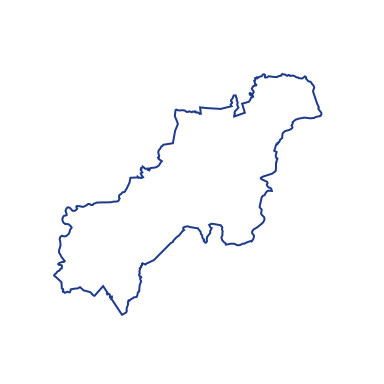 outline of Jalpan, Puebla, Mexico, rotated 315°
{"feature_id": "50627088B95329536813839", "entity_name": "Jalpan", "entity_type": "district", "adm_level": 2, "iso_a3": "MEX", "parent_name": "Mexico", "parent_adm1": "Puebla", "projection": "albers", "projection_center": [-97.872, 20.452], "detail": "fine", "context": "isolated", "style": "outline", "palette": "blue", "viewbox_px": 384, "rotation_deg": 315, "n_neighbors": 0, "source": "geoboundaries", "source_scale": "gbopen_adm2", "svg_char_len": 6029}
<svg xmlns="http://www.w3.org/2000/svg" viewBox="0 0 384 384"><g transform="rotate(315 192 192)"><path d="M30.8,173.4L33.5,174.5L34.1,176.1L34.9,176.4L35.8,176.2L37.4,175.1L40.6,177.3L43.1,179.4L45.5,180.1L45.8,184.9L49.1,190.6L49.3,191.4L49.1,195.2L49.7,196.5L62.6,195.7L61.0,203.6L60.1,203.5L59.7,204.5L60.8,204.9L61.4,206.2L60.1,207.8L60.1,208.1L59.4,208.6L60.1,209.6L61.3,209.4L61.1,209.9L59.2,210.8L59.4,211.1L55.7,229.3L59.5,230.5L60.8,230.5L61.8,230.0L62.1,229.3L64.3,227.6L66.5,226.7L67.9,225.8L68.2,225.0L70.3,223.8L70.8,223.9L70.8,224.6L72.9,224.6L75.0,225.3L76.0,225.2L78.6,227.0L80.1,226.5L82.8,224.7L84.2,225.0L89.1,220.9L93.0,219.1L93.5,217.5L94.4,216.1L95.7,216.4L96.0,215.5L95.5,214.2L96.0,213.0L97.7,212.5L98.4,211.1L100.7,209.9L101.0,209.0L102.8,209.3L103.4,208.3L104.9,208.5L105.8,207.3L106.7,207.5L107.8,210.4L108.8,210.3L116.9,213.2L139.1,213.1L140.6,213.1L143.3,213.8L144.1,213.3L147.0,213.1L149.1,213.1L152.2,213.6L157.3,213.0L159.5,213.3L159.4,212.3L160.7,211.0L162.2,211.5L164.6,213.1L165.7,215.2L170.6,222.1L170.2,223.0L170.0,226.1L168.7,227.9L168.5,229.7L167.0,231.8L166.7,232.6L167.0,233.8L166.5,234.6L165.7,234.8L165.5,236.9L165.8,237.6L167.2,237.6L167.9,237.3L168.1,236.8L170.7,234.5L175.9,233.9L177.2,232.5L180.3,231.5L180.0,231.0L180.1,229.7L180.9,227.4L183.0,228.0L184.6,229.7L188.8,235.9L188.5,236.8L188.6,237.9L188.5,238.3L186.7,239.8L185.8,241.6L184.2,242.7L183.6,243.5L182.7,244.2L181.3,244.6L180.4,245.1L179.3,247.5L179.1,249.9L179.5,252.0L178.7,253.1L181.4,255.1L182.2,255.4L184.7,257.8L185.9,259.8L186.1,261.2L187.5,262.8L188.8,263.6L191.5,264.5L192.6,265.7L194.0,265.9L197.9,267.7L199.3,268.5L199.3,269.1L202.0,268.6L203.5,267.9L205.0,266.7L205.4,263.7L206.4,262.6L207.6,262.2L209.4,262.1L213.1,263.1L219.6,263.8L221.5,263.6L223.6,262.8L224.3,262.3L225.2,260.7L225.2,257.3L225.7,256.0L228.5,254.0L228.9,253.5L228.9,251.7L229.3,250.3L237.6,245.0L239.4,244.8L240.9,245.5L241.5,245.5L243.9,244.6L246.1,244.6L247.5,245.7L249.2,247.7L250.3,245.8L250.2,244.6L249.4,242.9L249.5,240.9L249.9,239.9L250.4,239.5L251.7,239.2L252.3,237.9L250.3,232.4L250.2,231.2L250.6,230.7L251.5,230.8L253.5,231.5L261.6,235.7L265.6,236.3L266.7,235.9L272.3,230.6L273.3,230.5L274.3,229.4L275.6,229.1L276.1,228.7L275.7,227.5L276.5,226.0L277.4,225.1L280.1,223.6L279.3,221.0L286.0,217.5L285.5,218.0L285.5,218.3L285.9,218.6L287.0,218.4L287.2,217.9L288.1,218.3L288.5,218.3L288.7,218.0L289.7,218.1L291.1,217.4L294.1,217.6L294.9,216.6L297.6,214.6L300.8,214.7L304.6,216.9L307.4,217.7L308.6,217.4L309.2,216.6L309.4,215.4L311.6,214.9L312.4,213.8L316.3,214.1L319.0,215.4L323.9,218.7L327.9,223.7L330.8,226.1L331.7,226.1L334.6,227.7L335.7,228.6L336.5,228.7L336.8,229.1L338.6,228.5L339.2,227.8L339.6,226.5L340.0,223.0L340.5,222.2L341.5,221.9L343.1,217.7L348.2,207.4L349.1,206.1L352.1,204.7L352.6,204.1L353.2,202.5L353.3,200.3L353.7,198.9L353.7,197.7L352.6,196.1L352.8,192.5L353.8,191.5L353.6,190.1L350.7,189.8L349.6,189.2L348.5,187.4L347.9,186.9L347.9,185.8L346.8,184.5L346.7,183.4L345.9,181.2L343.5,179.4L343.4,178.7L343.6,178.3L343.1,177.6L341.4,177.1L340.8,174.6L339.3,172.9L339.3,172.5L337.8,172.4L337.4,172.8L335.0,171.2L333.4,170.9L330.5,167.6L328.0,164.3L326.3,164.1L324.7,162.9L324.9,162.1L326.2,161.1L326.4,160.4L326.1,159.6L325.2,159.1L323.2,159.4L320.9,158.1L318.8,157.8L319.0,156.8L318.0,156.8L317.8,156.4L317.2,156.1L316.4,157.3L315.0,157.3L314.9,157.8L314.5,157.7L314.4,158.2L313.6,159.2L313.1,160.2L313.3,161.6L312.5,161.9L311.8,161.0L311.4,161.1L310.3,160.5L307.5,161.1L307.1,161.6L306.8,164.2L306.3,165.0L304.4,165.5L303.4,164.3L303.2,163.1L302.5,163.0L301.9,163.8L301.8,164.9L303.0,167.0L302.6,167.8L302.0,167.9L300.7,167.1L300.2,167.2L298.3,168.0L296.0,168.4L289.9,165.0L285.4,173.3L275.2,168.5L276.0,167.6L277.7,167.0L278.0,166.1L279.2,165.4L284.5,165.2L285.5,162.4L287.7,160.9L288.6,158.6L289.8,157.6L290.1,156.3L291.2,154.6L289.7,153.2L286.8,154.5L284.6,154.7L283.8,155.4L283.9,156.8L283.3,157.4L281.3,157.4L280.6,158.6L280.6,159.3L271.0,153.5L261.6,142.9L257.6,137.9L253.7,142.7L253.5,142.2L252.7,142.2L252.6,140.4L252.2,139.7L251.1,138.9L251.5,137.7L251.0,137.0L250.6,137.3L249.3,135.6L248.3,135.5L247.0,132.9L246.1,132.7L244.8,131.5L244.6,129.5L243.3,127.6L240.9,125.6L239.6,123.9L239.1,122.6L238.2,122.5L233.5,126.2L231.0,132.3L230.0,134.0L223.3,136.8L213.0,144.0L205.1,138.3L203.4,138.5L202.3,138.1L200.2,138.9L198.2,138.9L196.4,139.9L195.0,141.8L194.5,143.1L193.5,143.6L192.4,143.6L192.5,144.7L191.8,144.9L191.8,145.5L192.5,148.9L190.6,149.0L187.6,149.8L185.3,149.5L183.3,148.7L179.6,145.7L177.5,146.4L177.5,145.8L176.8,145.9L176.5,145.2L177.8,144.8L177.7,144.4L175.6,142.8L175.2,142.0L175.4,140.7L175.1,139.1L174.7,139.4L173.6,139.5L172.2,138.7L172.4,139.0L171.5,140.1L171.9,140.4L170.6,142.4L170.6,143.0L169.0,142.5L168.7,142.8L168.0,145.4L167.9,147.0L167.0,146.8L165.9,146.1L165.4,144.9L164.3,144.3L164.3,142.8L163.8,143.2L158.5,138.4L154.4,141.2L147.4,143.7L146.6,143.6L145.3,144.2L144.2,144.2L142.9,143.2L140.0,143.2L138.8,142.8L137.9,143.1L136.7,144.0L136.2,145.5L135.6,145.5L134.5,146.1L133.1,146.2L130.6,144.3L130.2,143.7L127.3,141.8L117.4,132.3L113.9,130.7L113.1,131.0L112.3,130.8L111.3,129.6L111.1,128.1L110.0,127.0L108.5,126.9L105.2,125.9L103.8,124.8L102.9,123.1L100.9,120.7L100.2,120.4L99.6,120.8L99.2,121.4L99.2,122.4L98.5,122.7L96.5,122.6L95.4,122.1L94.2,120.7L94.5,117.1L93.9,115.7L93.1,114.9L91.6,114.9L89.3,115.8L87.9,118.7L86.9,119.7L84.7,118.4L83.9,118.3L81.3,119.3L80.1,120.9L79.5,122.7L79.6,124.7L81.6,127.1L82.0,128.2L82.1,130.7L81.7,132.1L79.1,132.5L77.0,133.8L74.8,134.5L71.6,134.1L70.2,133.0L69.0,130.9L67.0,130.7L65.0,131.8L64.0,133.6L61.4,136.7L56.7,139.3L55.1,140.9L54.7,143.0L53.9,145.0L53.1,150.9L52.1,150.9L50.4,149.5L48.0,148.4L46.7,148.2L46.3,148.5L46.4,149.3L48.0,151.6L47.4,152.8L45.8,153.9L44.6,153.3L43.5,153.7L41.8,153.6L40.9,153.1L39.5,153.2L38.4,153.5L37.1,153.2L35.6,153.4L35.3,154.2L35.7,156.1L35.9,163.5L31.8,168.1L32.2,169.5L32.0,169.9L31.3,170.5L30.7,170.5L30.3,171.0L30.2,171.5L30.9,172.6L30.8,173.4Z" fill="none" stroke="#1e3a8a" stroke-width="2"/></g></svg>